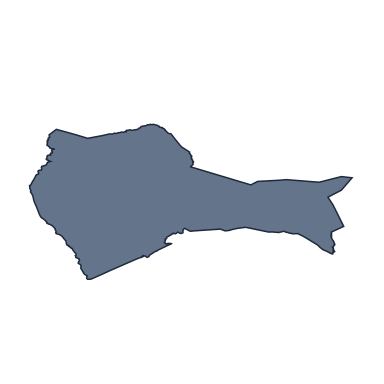 Hurdal nor, Akershus, Norway, rotated 173°
{"feature_id": "86288312B40852234595117", "entity_name": "Hurdal nor", "entity_type": "district", "adm_level": 2, "iso_a3": "NOR", "parent_name": "Norway", "parent_adm1": "Akershus", "projection": "equal_earth", "projection_center": [10.985, 60.427], "detail": "fine", "context": "isolated", "style": "filled", "palette": "slate", "viewbox_px": 384, "rotation_deg": 173, "n_neighbors": 0, "source": "geoboundaries", "source_scale": "gbopen_adm2", "svg_char_len": 5946}
<svg xmlns="http://www.w3.org/2000/svg" viewBox="0 0 384 384"><g transform="rotate(173 192 192)"><path d="M306.3,118.1L302.9,117.8L292.3,121.0L282.2,124.2L256.0,132.0L252.4,133.0L250.5,133.2L248.7,133.8L249.4,134.2L248.0,134.9L247.4,134.5L245.6,133.8L245.3,133.3L244.6,132.6L243.6,132.8L242.7,133.2L242.0,134.3L241.5,134.6L236.0,137.3L234.5,137.7L233.7,137.8L233.3,138.3L222.7,141.9L218.8,143.1L218.7,143.2L219.1,143.4L221.6,143.9L222.9,143.9L223.9,143.4L224.1,143.6L224.1,143.8L224.5,144.1L224.6,144.5L225.1,144.7L225.6,145.2L225.5,145.5L225.0,145.9L224.7,146.3L224.5,147.1L224.2,147.3L224.3,147.7L224.1,148.2L224.3,148.5L223.4,148.6L222.7,149.2L222.7,149.4L222.8,149.6L222.6,149.9L222.4,150.4L220.2,151.0L219.5,151.6L218.3,151.9L217.5,152.2L216.9,152.6L216.7,153.1L216.1,153.3L215.7,153.3L215.7,153.0L215.4,152.9L214.7,153.0L214.2,152.7L213.7,152.6L212.7,152.8L211.8,153.5L211.0,153.9L210.6,153.8L210.0,153.1L208.0,152.1L206.9,152.4L206.1,152.5L205.8,153.2L205.8,154.3L205.7,154.7L205.7,155.2L205.5,155.4L205.1,155.5L204.8,156.0L204.3,156.5L203.6,156.8L198.8,153.4L197.4,153.2L195.4,153.2L168.3,151.7L164.2,149.5L163.7,149.4L160.7,149.3L159.9,149.3L155.7,150.0L150.8,150.4L143.0,150.4L120.8,142.9L117.4,142.6L110.7,141.2L106.0,141.8L105.3,141.7L103.5,140.6L101.5,140.0L100.1,139.2L98.4,138.8L97.4,138.3L92.2,137.8L88.2,135.3L85.3,133.2L74.2,124.4L73.1,123.3L71.7,121.4L69.3,119.0L67.6,117.9L66.8,117.5L64.1,115.8L62.5,114.6L60.2,113.3L59.8,113.5L60.1,114.1L59.5,114.4L59.2,115.2L58.9,115.2L58.8,114.9L58.3,115.0L58.2,115.2L58.4,115.3L58.4,115.8L58.0,115.9L58.4,116.2L59.1,116.3L58.9,116.8L58.5,117.0L58.9,117.4L58.5,117.8L58.7,118.3L58.6,118.7L58.5,118.9L59.2,119.6L58.9,120.1L59.1,120.3L58.5,120.4L58.0,121.0L57.8,121.6L57.1,121.9L57.1,122.0L56.7,122.3L56.8,122.5L56.7,122.8L57.1,123.1L56.9,123.4L57.1,123.9L57.0,124.4L57.2,125.0L57.5,125.7L57.6,126.1L57.9,126.3L57.8,126.5L58.3,127.1L58.4,127.6L58.7,128.0L59.0,129.6L59.5,130.3L59.0,130.8L59.1,131.2L58.8,131.3L58.7,131.4L58.7,131.9L59.1,132.2L59.1,132.4L58.8,132.7L59.1,133.1L59.1,133.5L58.9,133.8L58.4,134.1L58.5,134.5L58.6,135.2L45.6,139.4L53.5,161.7L57.7,170.3L43.5,175.6L31.4,186.6L41.9,189.1L64.6,186.2L97.0,192.8L103.4,193.0L125.6,194.5L132.8,191.9L190.2,217.1L189.9,217.7L188.6,218.5L187.6,219.2L187.5,220.0L187.8,221.1L187.7,221.2L187.4,221.2L187.0,221.4L186.8,221.7L186.9,222.0L187.2,222.2L187.5,222.8L187.4,223.4L187.5,223.6L187.9,223.8L188.5,224.5L188.0,225.0L188.2,225.6L188.7,226.3L188.6,226.7L188.7,226.9L188.5,227.1L187.9,227.3L188.0,227.8L188.7,228.8L188.8,229.2L189.2,229.5L189.1,229.9L189.5,230.2L189.7,230.5L189.7,230.9L189.8,230.9L189.5,231.5L189.5,231.9L197.1,238.2L202.4,246.6L205.7,252.2L206.2,252.5L207.6,252.8L209.0,253.7L209.2,254.2L210.2,255.4L210.5,256.0L211.2,256.6L211.1,257.0L211.8,258.0L212.6,258.6L213.5,258.8L213.8,259.1L213.7,259.5L213.9,259.5L216.7,260.6L216.8,261.1L216.7,261.3L217.6,261.8L218.4,262.5L220.9,263.3L221.6,263.8L222.3,263.9L223.7,263.7L225.0,264.3L226.6,263.9L227.9,264.1L230.1,263.4L233.0,263.4L234.6,263.1L235.0,262.8L235.0,262.4L235.2,262.2L235.6,262.0L237.0,261.8L237.4,261.5L237.7,261.1L238.2,260.9L240.0,260.6L240.1,260.8L241.0,260.6L242.5,260.7L243.5,260.5L244.3,260.5L246.0,261.3L248.5,261.0L249.1,261.2L249.6,261.2L250.0,260.8L249.7,260.3L249.8,259.9L250.1,259.8L251.4,260.0L252.3,259.7L253.0,259.5L254.1,260.0L254.9,260.1L256.6,259.7L258.1,259.9L259.2,259.5L260.2,259.3L260.8,259.6L261.6,259.6L262.1,259.9L263.2,259.3L263.8,259.2L265.4,259.4L265.8,259.6L267.4,259.6L274.4,258.9L289.0,258.0L302.0,263.7L319.0,270.7L326.9,266.1L326.8,265.5L326.6,264.9L326.9,264.5L326.8,264.2L326.9,263.9L326.7,263.7L327.4,263.2L328.0,263.0L327.7,262.6L327.8,262.4L328.2,262.2L328.3,261.6L328.6,261.5L328.8,261.1L329.1,260.9L328.9,260.8L329.2,260.7L329.1,260.3L329.6,259.3L329.3,258.6L329.7,258.5L329.8,258.3L329.7,257.1L330.2,256.5L330.2,256.1L330.1,255.9L329.5,255.6L328.1,254.1L328.0,253.6L327.4,252.7L325.9,252.1L323.0,251.6L324.2,251.3L325.1,251.3L325.1,251.2L325.9,250.8L325.9,250.5L326.4,249.9L325.8,249.0L325.8,247.9L327.0,247.9L327.8,247.6L328.1,246.8L327.8,246.4L327.7,245.9L329.8,246.1L331.0,245.9L331.2,245.4L331.7,244.7L331.8,243.3L332.2,242.8L332.7,242.5L332.6,242.0L332.1,241.6L330.4,240.7L328.8,239.6L329.8,239.6L330.7,239.2L331.1,239.3L331.7,239.0L331.8,238.7L332.2,238.6L332.4,237.9L332.6,237.6L332.8,237.5L333.3,236.6L338.0,235.7L338.3,235.1L338.2,234.8L338.5,234.6L338.6,234.4L338.3,233.7L338.4,233.4L338.4,233.1L338.8,232.1L341.1,232.2L342.2,231.7L342.3,231.5L342.2,231.1L342.3,231.0L342.0,230.6L341.8,230.0L342.1,229.5L342.3,229.3L342.1,228.8L342.6,228.3L343.9,228.2L344.7,227.6L345.0,227.5L345.1,227.0L345.7,226.2L347.6,223.5L349.0,221.9L349.5,221.1L351.7,218.1L352.4,218.2L352.3,217.7L352.5,216.9L352.6,215.9L352.2,214.2L352.0,213.9L351.9,213.4L351.7,212.9L352.2,212.2L352.3,211.8L352.0,211.1L351.5,210.4L350.7,208.3L350.4,207.0L350.2,204.4L349.8,201.7L348.2,196.3L346.1,188.1L345.2,185.8L344.4,184.7L342.6,183.3L339.6,179.6L340.0,179.2L339.9,178.8L338.4,177.8L338.2,177.6L337.9,177.6L337.3,177.3L334.9,175.7L332.9,173.1L332.3,172.5L332.5,171.4L332.0,170.5L331.8,169.5L331.8,168.4L332.2,168.2L332.0,167.4L331.5,167.0L330.5,166.7L328.5,165.7L327.0,164.5L326.1,163.4L325.5,162.6L325.3,162.0L323.1,158.7L322.9,155.3L322.6,154.9L322.6,154.7L322.0,154.1L321.7,154.0L321.2,154.1L321.0,153.7L320.9,153.0L320.4,153.0L320.0,152.5L320.0,152.3L319.6,152.2L319.3,151.8L319.2,151.6L318.6,151.0L318.6,150.8L317.9,150.7L317.5,149.3L314.7,144.6L314.7,143.7L315.2,143.0L315.5,143.0L315.2,141.9L315.4,141.4L315.3,141.2L314.8,140.8L313.9,140.6L313.5,140.2L312.8,139.7L312.6,139.2L312.1,139.2L312.0,138.6L312.0,138.0L312.4,137.2L312.6,136.9L313.1,136.7L313.6,135.3L313.6,135.1L311.8,133.7L311.1,132.2L311.7,129.8L310.6,127.8L310.4,126.8L310.0,126.2L309.7,125.9L309.8,125.6L309.4,125.2L309.5,124.7L309.4,124.4L309.0,124.1L308.6,123.3L306.3,121.6L306.9,120.7L307.0,119.1L306.3,118.1Z" fill="#64748b" stroke="#1e293b" stroke-width="1.5"/></g></svg>